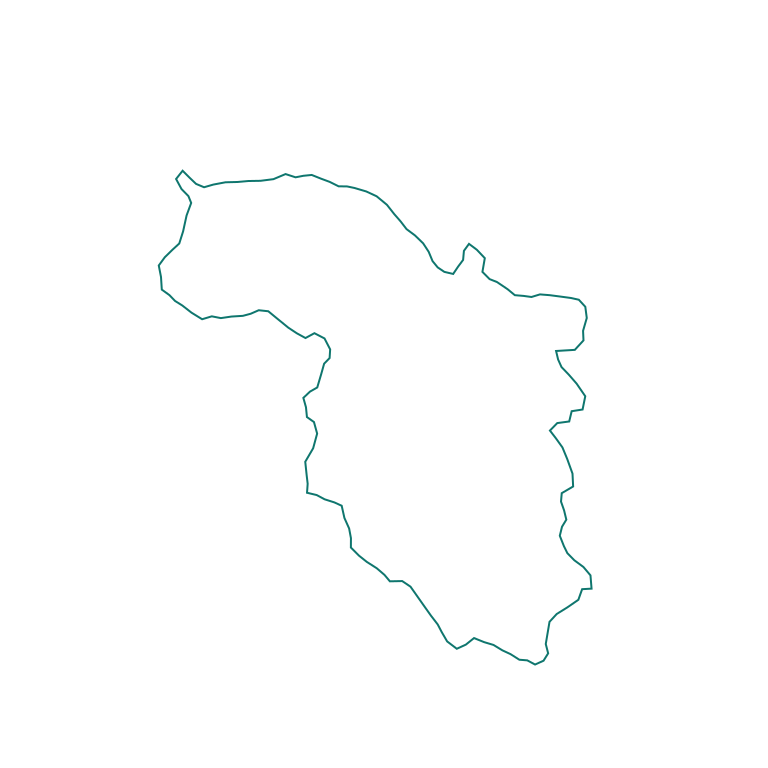 Olaria, Minas Gerais, Brazil (Mercator projection), rotated 34°
{"feature_id": "56859067B66778416420172", "entity_name": "Olaria", "entity_type": "district", "adm_level": 2, "iso_a3": "BRA", "parent_name": "Brazil", "parent_adm1": "Minas Gerais", "projection": "mercator", "projection_center": [-43.97, -21.909], "detail": "fine", "context": "isolated", "style": "outline", "palette": "teal", "viewbox_px": 768, "rotation_deg": 34, "n_neighbors": 0, "source": "geoboundaries", "source_scale": "gbopen_adm2", "svg_char_len": 2215}
<svg xmlns="http://www.w3.org/2000/svg" viewBox="0 0 768 768"><g transform="rotate(34 384 384)"><path d="M381.0,517.2L390.3,513.7L399.2,512.8L409.1,509.9L417.0,508.6L426.1,517.2L435.9,523.3L442.8,530.3L448.0,538.1L459.3,540.3L469.3,541.1L481.0,540.8L491.2,542.0L499.2,544.3L509.3,537.2L519.3,537.2L531.9,542.0L542.4,546.0L552.5,549.8L563.0,553.3L570.6,557.4L580.3,562.1L592.4,562.8L597.6,554.3L600.7,544.3L611.4,542.0L620.7,539.1L631.1,538.6L639.9,537.2L650.4,536.9L657.3,533.0L666.1,532.1L671.0,524.2L670.7,515.5L663.5,509.1L658.1,497.2L654.2,488.6L655.8,478.1L660.9,466.7L665.8,454.2L663.0,443.3L670.5,437.6L662.2,427.2L651.7,424.2L640.3,423.7L630.6,421.7L623.8,417.8L614.6,411.5L611.4,402.8L611.0,394.5L604.0,388.1L596.5,382.5L592.4,375.1L598.1,363.2L590.4,352.9L577.8,343.7L567.4,336.8L556.9,332.9L547.6,329.8L549.5,319.5L558.5,311.5L554.8,301.6L562.9,294.1L557.7,281.6L543.5,276.0L531.9,272.9L521.7,270.7L514.6,266.3L508.2,260.4L514.6,255.5L523.1,249.0L525.0,236.3L519.3,228.6L515.2,215.9L507.7,207.4L498.4,205.2L491.0,208.1L481.1,213.0L471.7,217.7L463.2,222.5L457.6,229.4L450.3,233.0L442.8,237.2L433.5,236.3L420.6,236.3L412.9,238.0L402.9,236.0L397.2,223.3L385.9,220.8L376.1,220.3L375.8,228.9L380.2,236.9L379.8,245.2L379.8,254.1L371.3,257.3L363.3,257.3L355.6,255.0L347.1,249.4L337.8,245.5L326.6,243.5L316.1,243.0L306.8,239.9L297.4,237.4L286.2,233.8L272.9,232.5L261.6,234.3L249.9,238.0L243.0,240.8L235.8,245.5L226.0,246.8L216.9,249.0L207.2,251.1L200.7,256.5L195.1,262.1L185.0,265.0L177.8,276.0L168.0,284.6L158.0,291.6L149.5,298.5L139.8,305.4L131.0,314.1L124.8,321.5L116.3,323.2L107.5,321.7L97.8,319.8L97.0,330.3L107.1,335.6L116.8,337.6L122.9,341.7L126.1,354.7L132.1,369.8L135.7,382.0L133.6,390.8L131.4,401.5L131.0,411.7L139.3,420.0L147.0,430.0L156.4,430.3L164.4,432.0L172.9,431.7L184.5,432.5L197.0,432.0L203.4,424.2L211.9,420.6L219.8,413.4L228.9,406.4L234.2,400.3L238.9,392.9L247.4,388.4L258.9,389.5L273.2,390.8L283.4,390.7L293.2,389.8L297.9,380.8L309.2,379.5L320.0,385.4L324.4,392.9L323.0,400.6L326.5,411.2L330.6,424.2L326.9,431.7L324.9,440.6L332.3,446.9L338.6,454.5L347.2,454.7L356.3,462.5L361.2,476.9L362.2,492.5L371.0,503.0L376.5,509.4L381.0,517.2Z" fill="none" stroke="#0f766e" stroke-width="2"/></g></svg>